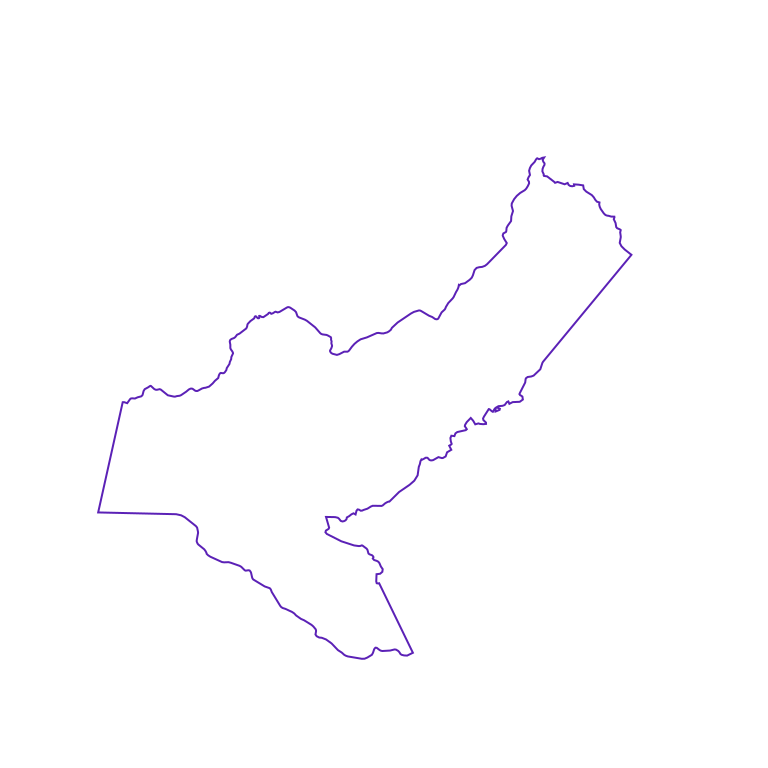 the Region of Sangha, rotated 129°
{"feature_id": "COG-2880", "entity_name": "Sangha", "entity_type": "Region", "adm_level": 1, "iso_a3": "COG", "parent_name": "Republic of the Congo", "parent_adm1": "", "projection": "orthographic", "projection_center": [15.265, 1.384], "detail": "fine", "context": "isolated", "style": "outline", "palette": "violet", "viewbox_px": 768, "rotation_deg": 129, "n_neighbors": 0, "source": "natural_earth", "source_scale": "10m", "svg_char_len": 6166}
<svg xmlns="http://www.w3.org/2000/svg" viewBox="0 0 768 768"><g transform="rotate(129 384 384)"><path d="M109.3,362.0L106.7,358.3L104.3,354.2L106.8,351.4L107.2,347.9L106.4,341.4L106.9,338.4L107.9,335.7L108.3,333.2L107.3,330.8L109.1,329.7L110.5,327.9L111.6,325.7L113.1,320.5L113.3,318.2L112.7,316.5L112.0,315.4L110.9,312.8L109.0,310.3L109.6,309.7L111.3,309.2L113.2,305.3L115.9,302.3L116.2,300.8L115.4,298.1L115.4,296.9L117.5,295.9L120.1,293.1L120.9,292.4L126.0,289.6L127.5,286.2L128.0,281.6L127.9,273.0L266.6,274.4L267.9,274.2L274.2,271.8L283.3,273.0L285.5,274.3L288.2,276.8L290.3,277.3L291.1,277.0L294.0,275.2L305.3,272.8L306.6,272.4L307.0,271.1L306.7,269.8L306.7,268.5L308.7,266.3L312.4,267.3L317.1,272.6L320.5,274.1L319.3,276.4L320.7,277.1L324.4,277.0L326.4,278.2L329.2,281.1L331.3,281.9L330.3,278.4L331.4,277.9L335.2,280.0L333.2,281.6L332.3,281.9L333.7,282.4L337.1,281.9L337.3,282.9L337.2,286.1L337.6,286.8L346.4,285.8L348.5,285.3L349.5,284.0L349.8,280.5L350.8,279.6L352.8,281.6L354.7,284.4L355.2,285.8L357.9,287.7L356.4,291.7L355.8,295.2L361.5,295.7L364.6,295.3L365.9,294.7L367.0,291.2L368.4,291.4L375.2,296.8L377.4,297.4L380.2,296.5L381.8,299.1L384.2,298.4L386.5,296.0L388.0,293.7L388.8,293.7L390.9,294.5L392.8,290.3L397.4,292.0L401.5,290.5L404.5,291.7L405.2,292.5L406.6,295.7L412.2,297.9L413.3,298.8L414.1,299.9L414.4,300.9L414.0,303.6L414.2,304.2L415.3,305.4L416.0,305.5L419.4,307.0L419.3,307.4L421.0,307.1L423.7,305.7L426.5,304.8L433.8,300.4L440.1,299.6L446.3,300.7L458.4,304.3L472.0,305.8L472.6,306.5L474.1,307.3L475.9,308.0L479.2,308.6L480.3,309.2L485.7,316.1L487.5,317.1L491.3,318.4L494.7,320.6L496.1,321.3L497.1,322.3L497.4,324.4L498.1,325.6L499.8,325.6L503.3,324.0L503.7,326.3L505.8,327.3L508.6,327.9L511.1,328.9L512.5,328.1L514.2,328.1L515.8,328.8L517.0,329.8L517.6,331.5L517.0,334.2L517.0,335.7L518.2,338.2L523.8,345.4L530.2,336.2L531.5,335.9L534.5,336.9L536.1,336.2L536.5,334.0L533.1,318.2L528.3,305.7L525.7,301.4L524.5,300.3L523.6,299.9L523.1,299.1L522.9,293.9L523.3,292.5L525.5,289.4L525.5,288.2L524.6,285.4L524.8,283.9L525.2,283.2L526.7,282.9L527.0,280.9L526.0,278.3L525.7,276.5L526.1,274.8L527.8,271.6L528.7,268.5L531.0,267.1L533.9,267.6L536.5,270.1L542.3,265.8L543.4,264.3L542.7,263.0L541.9,262.4L574.7,192.4L580.5,195.1L582.3,197.6L583.3,199.7L583.5,201.1L582.7,203.5L582.5,205.1L582.9,207.6L583.7,208.8L587.3,211.5L592.5,217.2L593.2,218.5L593.5,219.8L593.6,223.6L594.3,224.7L595.4,224.8L596.4,224.7L599.8,223.4L602.1,223.0L607.1,224.8L609.7,226.2L611.5,228.3L618.5,240.7L619.2,242.7L619.5,244.4L619.3,247.8L619.8,252.3L618.6,261.5L619.0,268.3L620.4,272.7L621.8,274.8L622.4,277.6L621.8,279.6L619.1,281.1L618.2,281.8L617.6,282.8L616.9,286.3L616.8,288.6L617.9,297.4L618.8,300.7L619.2,306.6L618.8,309.4L619.0,311.9L620.8,319.1L621.9,321.9L622.0,323.8L621.7,325.1L616.3,340.3L614.9,342.7L614.6,344.3L616.4,349.3L618.2,362.6L617.9,363.8L617.3,364.8L614.3,368.6L613.8,369.7L613.5,371.1L614.1,372.2L616.1,374.0L616.4,375.0L615.9,379.9L616.2,381.8L619.3,390.5L620.3,392.7L623.2,396.0L624.3,397.8L627.5,410.2L627.8,412.9L627.6,414.9L626.8,416.0L626.1,417.7L625.6,419.7L625.6,427.2L625.4,428.3L624.9,429.3L624.3,430.4L623.3,431.2L616.7,434.8L615.7,435.8L613.2,438.9L612.8,440.7L612.9,455.0L613.7,459.0L616.0,463.6L663.7,525.3L562.6,575.6L561.7,574.6L560.5,571.5L555.5,571.8L554.6,571.6L553.6,570.7L552.0,568.4L549.4,567.1L546.4,564.9L545.0,564.7L544.3,564.8L540.8,566.4L538.6,566.7L535.0,565.2L532.9,564.6L532.4,564.3L532.2,563.9L532.5,559.4L532.2,558.0L531.5,556.9L529.2,555.1L528.8,553.9L528.8,544.9L526.2,539.7L525.4,538.5L523.7,537.3L521.7,535.4L520.4,534.7L514.5,532.9L511.0,532.2L509.5,531.5L508.9,531.0L508.2,529.8L508.0,526.3L507.3,525.1L506.8,524.6L505.5,524.0L502.0,522.6L500.3,521.4L499.3,520.4L496.1,518.3L491.4,517.5L487.9,517.4L483.7,516.6L481.1,517.8L479.7,518.1L478.7,518.1L478.1,517.8L476.9,515.8L475.9,515.2L474.8,515.1L472.4,515.3L470.6,516.2L465.7,516.7L463.8,517.7L460.9,518.4L459.1,519.6L455.2,520.6L454.7,521.2L454.1,522.5L453.5,524.7L452.8,526.0L450.1,528.2L448.2,530.5L447.3,531.0L446.4,531.2L444.9,530.8L442.7,529.5L441.2,529.1L438.2,529.2L435.8,528.0L427.5,526.0L425.6,526.5L423.6,527.6L422.7,527.7L419.1,527.4L414.7,526.2L412.9,526.8L412.3,526.6L412.0,526.1L412.3,523.6L412.1,523.1L411.5,522.6L411.0,522.6L409.6,523.8L409.2,523.4L408.8,521.0L407.9,519.8L402.6,518.2L401.3,518.3L400.6,517.9L400.3,517.3L400.4,515.8L399.0,514.9L396.8,514.2L396.0,513.7L395.3,511.7L393.8,510.6L385.7,507.6L384.8,507.1L384.2,506.4L383.7,505.0L383.2,499.7L383.5,497.6L385.6,494.2L385.8,493.5L385.7,491.9L383.8,486.0L383.4,483.6L383.3,473.1L384.6,465.6L384.6,464.4L384.2,463.1L382.0,459.5L381.6,458.0L381.1,454.8L381.6,454.0L383.0,452.9L383.8,451.6L385.5,450.5L386.8,448.6L387.3,448.2L389.5,447.4L391.9,447.0L392.5,446.5L393.0,445.3L393.1,444.2L392.8,442.8L391.0,438.9L388.9,437.5L383.9,435.3L381.8,432.7L380.8,432.3L379.7,432.2L375.2,432.4L371.4,432.2L367.7,431.5L364.0,430.3L358.5,426.6L349.0,421.7L347.8,420.5L346.1,417.6L345.1,416.3L341.9,414.0L340.1,413.3L337.6,412.8L335.3,413.2L327.6,412.1L312.2,407.4L309.1,406.1L304.8,403.1L304.2,402.2L303.9,401.1L302.6,392.0L301.6,388.7L301.3,385.1L300.5,383.7L299.8,383.2L299.0,383.0L292.1,384.3L287.9,383.7L287.0,383.8L285.0,384.4L280.6,385.0L274.3,384.5L272.6,384.6L267.2,385.9L264.4,386.3L262.1,387.0L259.8,388.2L259.6,387.4L257.9,387.1L254.7,384.5L249.1,383.0L246.2,382.7L243.6,383.3L238.5,385.3L235.5,385.1L233.3,383.5L231.2,381.4L228.6,379.9L226.1,379.3L199.2,376.8L197.2,377.3L195.7,381.7L194.0,385.1L193.5,385.4L191.9,386.0L189.1,384.9L188.2,385.2L185.5,387.0L182.9,387.5L177.4,387.8L173.5,390.6L168.4,392.6L165.2,397.0L163.3,398.3L158.5,399.2L154.2,399.2L149.8,398.4L144.8,396.6L142.7,396.4L139.6,396.8L136.8,397.5L135.6,398.6L134.7,401.1L132.3,401.8L129.7,402.1L127.0,405.4L124.4,406.5L121.5,407.1L116.6,406.7L113.7,407.2L112.2,407.0L111.7,405.0L110.4,404.1L108.7,403.4L107.2,402.1L109.9,401.8L111.0,400.1L111.5,398.1L112.7,397.2L114.7,396.9L117.1,396.1L119.1,394.7L120.5,391.8L121.3,391.3L121.6,390.6L120.0,387.9L119.8,378.9L120.0,377.7L117.7,376.2L115.1,369.3L112.2,367.8L113.1,365.8L112.9,363.9L111.9,362.2L110.3,360.9L109.3,362.0Z" fill="none" stroke="#5b21b6" stroke-width="2"/></g></svg>